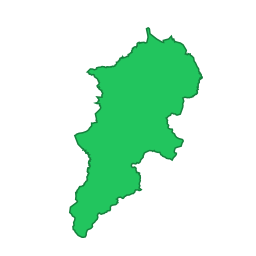 outline of Nong Prue, Kanchanaburi, Thailand, rotated 249°
{"feature_id": "78962969B48992578424572", "entity_name": "Nong Prue", "entity_type": "district", "adm_level": 2, "iso_a3": "THA", "parent_name": "Thailand", "parent_adm1": "Kanchanaburi", "projection": "robinson", "projection_center": [99.466, 14.685], "detail": "fine", "context": "isolated", "style": "filled", "palette": "green", "viewbox_px": 256, "rotation_deg": 249, "n_neighbors": 0, "source": "geoboundaries", "source_scale": "gbopen_adm2", "svg_char_len": 5836}
<svg xmlns="http://www.w3.org/2000/svg" viewBox="0 0 256 256"><g transform="rotate(249 128 128)"><path d="M214.3,182.7L214.0,180.8L207.2,179.7L205.4,179.2L201.1,176.2L201.2,174.4L201.9,174.2L202.6,172.8L202.7,171.2L203.1,171.0L203.2,170.0L202.9,169.8L202.9,169.1L204.0,169.0L203.8,168.4L203.9,167.4L203.3,166.6L202.9,166.6L201.7,165.9L201.6,166.1L201.3,166.0L201.2,165.5L200.7,165.0L201.1,165.0L200.9,164.6L201.3,163.6L201.1,161.7L200.4,161.5L200.3,161.1L200.5,160.6L199.6,160.2L198.6,159.0L197.3,158.8L197.4,158.4L197.1,158.1L197.2,157.5L196.4,155.6L196.6,154.7L196.4,154.4L195.2,154.5L194.7,153.7L195.2,153.0L194.9,150.7L195.2,149.3L195.6,149.1L195.3,148.6L195.7,148.4L195.7,147.9L196.0,148.0L195.4,147.3L196.1,146.9L195.8,146.2L195.9,145.5L195.6,145.2L194.6,145.0L194.7,144.4L193.8,143.4L193.9,142.9L193.4,142.5L193.2,141.7L193.5,140.8L192.6,140.6L191.9,140.1L191.4,139.5L191.4,138.5L190.5,137.9L190.5,137.6L190.8,137.0L190.6,136.3L191.2,135.8L191.0,134.2L191.4,134.1L191.3,133.4L192.1,131.5L192.0,131.2L192.4,131.0L192.7,130.1L192.2,129.3L192.9,128.2L193.4,128.2L194.7,125.8L194.6,124.3L195.2,122.3L195.4,120.3L194.4,119.9L194.4,117.5L195.7,116.1L196.6,114.0L194.9,110.2L194.7,110.6L193.6,110.8L193.2,111.3L192.1,111.2L191.7,112.3L190.5,113.0L190.4,114.6L189.9,115.2L187.8,115.1L184.9,117.1L183.7,117.0L182.4,117.6L181.8,117.0L180.6,117.6L179.3,116.4L178.5,114.3L177.8,114.2L176.8,114.3L176.8,115.7L175.9,115.2L175.7,115.5L175.4,114.9L175.0,114.9L173.0,116.2L172.5,116.9L172.1,116.5L171.3,116.5L169.5,116.9L168.2,115.5L166.1,114.7L167.2,111.9L168.1,110.2L165.3,111.0L163.9,110.8L164.0,110.1L163.1,109.2L162.7,108.3L162.9,106.7L162.0,107.7L160.8,110.2L159.0,109.5L158.8,110.1L156.6,109.8L155.5,108.6L152.9,102.6L148.0,101.9L146.4,101.0L146.1,101.5L144.4,101.0L145.0,98.4L144.9,97.2L145.6,95.8L143.0,94.8L141.5,91.8L140.5,90.8L139.7,88.0L139.8,83.9L140.6,80.4L140.6,77.6L140.2,77.1L140.0,75.6L130.7,75.6L125.4,77.9L124.6,78.8L123.5,78.1L123.4,78.9L122.4,79.8L121.9,79.4L121.7,79.7L122.0,80.4L121.5,80.3L121.2,79.9L119.7,79.6L119.3,80.3L119.7,81.2L119.2,81.8L118.2,81.1L116.9,82.2L116.9,81.4L116.2,81.5L115.9,81.1L115.3,81.4L114.5,81.1L113.3,82.1L112.8,81.6L111.9,81.8L111.8,80.8L110.7,80.7L110.9,80.1L111.3,80.0L111.1,79.6L109.8,78.8L108.7,79.0L108.8,78.6L108.1,78.6L107.8,79.1L107.2,78.3L106.1,79.1L105.2,78.2L105.2,76.3L104.9,76.0L104.5,76.3L104.6,76.0L104.0,75.8L104.0,75.6L103.3,75.0L102.7,75.1L102.2,74.6L101.8,74.8L101.7,74.4L100.8,74.5L100.5,75.0L99.9,75.3L99.2,74.7L98.8,73.8L98.2,73.7L97.0,72.0L95.7,71.9L94.9,71.4L94.4,71.6L93.5,70.9L93.2,69.5L92.3,68.5L92.0,67.4L91.0,66.6L90.8,66.8L90.1,65.4L90.3,65.2L90.1,63.0L90.6,62.4L90.6,61.8L89.6,61.0L89.6,60.5L88.9,60.0L88.0,58.1L87.5,58.0L87.0,57.1L86.5,57.3L85.9,56.9L86.3,56.0L82.9,55.0L80.0,53.5L79.0,54.3L77.4,54.4L76.6,52.7L74.7,45.9L69.9,43.3L68.0,44.4L65.8,44.6L64.0,46.0L63.0,46.3L61.0,45.2L59.3,43.4L56.3,42.7L55.8,41.3L52.8,40.5L51.6,41.6L50.2,41.4L45.6,43.0L42.5,45.9L42.0,47.1L41.7,49.1L43.1,50.6L44.8,51.3L47.2,53.3L47.5,54.3L47.5,57.2L48.4,59.2L48.8,59.6L50.1,59.7L51.3,60.6L52.1,63.2L52.8,64.1L54.0,66.7L55.6,67.9L57.4,68.1L58.8,69.6L58.9,71.0L57.7,71.4L57.0,72.6L57.2,73.7L56.8,74.9L57.3,76.3L57.1,78.0L58.0,79.0L57.4,81.5L58.1,82.3L60.5,83.2L61.3,83.9L61.6,85.6L60.9,89.1L61.4,90.5L62.1,90.8L62.0,91.8L63.1,91.6L63.8,92.5L64.8,92.6L65.6,92.0L65.6,92.6L66.4,93.5L66.6,94.3L66.1,96.4L64.3,97.7L64.1,98.3L64.6,99.5L65.2,99.8L65.3,101.5L65.8,102.6L65.0,105.2L65.3,108.1L64.9,109.5L65.9,111.5L67.1,112.2L67.5,112.8L66.8,114.4L66.7,115.3L65.8,115.7L65.5,116.4L65.4,117.4L65.7,118.3L67.9,116.9L68.6,117.2L69.8,118.4L71.3,118.3L72.4,118.8L74.4,120.6L75.6,120.7L76.9,121.6L79.3,122.3L80.3,121.7L81.1,121.7L81.1,122.2L81.7,122.6L82.5,121.9L83.4,120.0L84.3,120.5L85.6,120.2L87.5,121.1L88.8,120.5L88.9,119.8L89.3,119.8L89.3,118.6L89.7,117.9L91.0,117.5L91.6,117.6L93.0,118.6L93.2,119.8L91.7,122.4L91.9,123.4L92.5,124.0L91.4,125.2L91.6,126.3L92.1,127.3L93.7,128.5L95.3,131.7L97.0,132.4L97.4,133.2L98.6,133.9L99.0,135.4L99.3,139.9L98.2,142.2L97.3,142.8L97.6,144.4L96.4,144.7L95.0,146.5L94.4,147.4L93.9,149.0L91.3,149.1L90.4,149.9L89.2,150.3L87.4,152.3L85.9,153.1L84.6,155.2L84.4,156.1L82.2,157.7L83.9,159.6L85.2,162.5L86.2,163.7L87.1,164.1L88.2,162.7L89.1,162.6L90.4,163.3L92.4,164.9L92.4,167.1L92.0,171.1L94.6,173.1L95.8,174.7L96.8,175.0L97.9,174.5L99.7,171.9L101.8,170.0L103.9,169.3L105.8,169.3L107.3,168.2L108.6,167.7L109.9,168.7L111.0,168.9L112.1,166.7L113.4,165.6L114.6,165.7L115.5,166.7L116.0,166.9L118.0,166.1L119.4,166.9L120.4,166.9L121.0,167.7L123.1,167.2L123.7,167.3L123.5,168.3L123.9,168.6L124.6,170.1L124.7,172.3L125.3,172.6L126.1,174.0L125.5,175.2L124.9,175.5L124.1,177.3L122.8,177.8L122.4,178.8L122.2,181.8L127.6,186.4L129.2,187.3L130.9,187.7L133.1,189.7L136.3,189.9L136.4,192.1L135.0,194.3L134.6,195.7L134.3,196.1L134.3,197.3L134.0,197.9L134.2,198.6L133.9,199.7L134.4,200.5L134.8,200.5L134.6,201.6L135.3,203.0L135.0,203.7L135.4,204.0L135.3,204.5L135.7,205.2L136.3,205.5L136.8,205.3L137.3,205.8L138.4,205.7L138.9,207.2L139.2,207.0L140.6,207.6L140.8,207.2L141.2,207.3L140.8,208.0L144.4,209.5L144.8,210.7L146.4,211.4L147.2,211.4L147.5,212.7L148.3,212.7L148.9,213.2L148.9,213.5L148.3,213.4L147.8,213.8L147.9,214.4L148.5,214.7L148.3,215.2L148.9,215.5L149.1,215.2L150.6,215.0L151.2,215.4L152.3,215.3L152.9,215.0L152.9,214.4L153.5,214.2L154.1,215.0L155.5,214.3L156.8,214.9L158.3,215.1L160.4,214.5L164.5,214.3L166.7,213.7L170.0,214.4L172.5,213.3L173.3,212.4L174.9,212.6L175.0,211.6L175.5,211.2L175.3,210.7L175.6,210.6L175.2,210.3L175.2,209.5L176.1,209.1L176.5,208.1L179.6,210.3L185.9,209.2L188.5,207.4L191.1,203.8L191.7,203.3L191.7,202.4L194.7,202.6L194.9,201.8L194.4,201.3L194.5,201.1L198.2,201.4L196.5,197.9L197.1,192.3L195.1,191.9L195.8,190.7L200.7,186.7L208.1,182.3L212.4,183.4L213.3,183.4L214.3,182.7Z" fill="#22c55e" stroke="#15803d" stroke-width="1.5"/></g></svg>